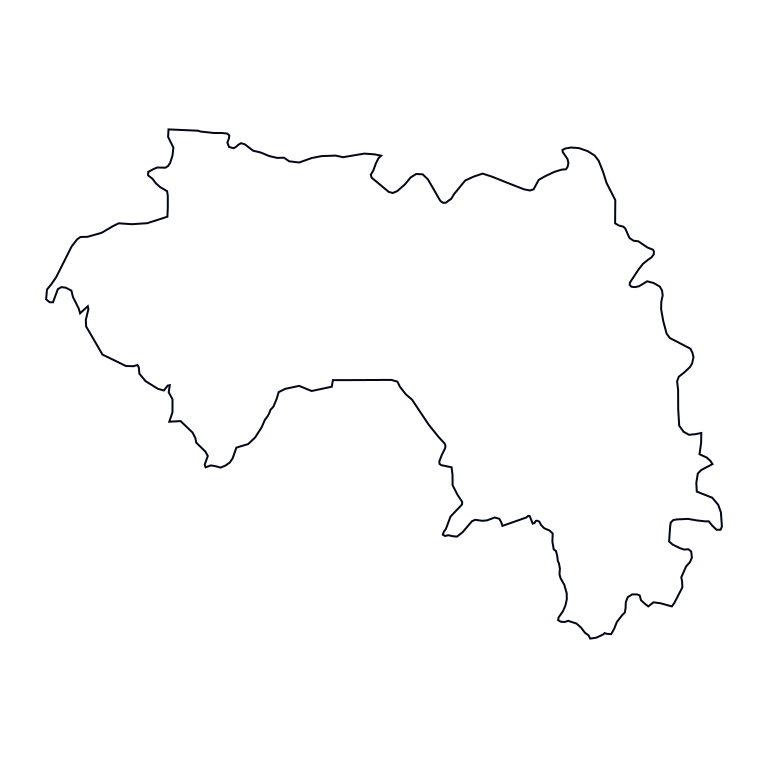 Guinea, Albers equal-area conic projection
{"feature_id": "GIN", "entity_name": "Guinea", "entity_type": "country or territory", "adm_level": 0, "iso_a3": "GIN", "parent_name": "Africa", "parent_adm1": "", "projection": "albers", "projection_center": [-10.714, 9.945], "detail": "fine", "context": "isolated", "style": "outline", "palette": "ink", "viewbox_px": 768, "rotation_deg": 0, "n_neighbors": 0, "source": "natural_earth", "source_scale": "50m", "svg_char_len": 4282}
<svg xmlns="http://www.w3.org/2000/svg" viewBox="0 0 768 768"><path d="M482.3,520.8L475.2,519.8L472.0,521.2L462.6,532.2L457.0,536.6L452.7,536.2L448.2,535.2L445.1,536.0L442.8,534.7L443.7,532.0L446.0,528.7L450.5,516.6L462.0,504.5L462.2,501.9L457.5,494.8L452.6,485.2L452.5,474.8L451.6,467.3L441.4,465.2L439.6,464.0L439.3,461.4L441.9,454.7L445.0,448.5L445.5,445.9L444.7,443.6L438.5,436.9L428.7,424.7L419.7,411.2L412.0,399.6L405.8,394.3L399.8,386.6L397.5,381.7L391.3,379.9L373.1,380.0L351.3,380.1L332.9,380.1L331.8,386.7L311.6,391.0L299.2,385.9L285.4,388.8L278.7,392.1L276.6,399.0L273.4,406.7L270.5,409.8L269.2,413.3L267.5,416.4L264.8,420.0L261.7,427.2L255.1,437.5L248.1,444.1L236.4,447.6L232.6,458.4L229.9,462.4L225.4,465.6L220.5,467.6L216.1,466.3L210.9,465.4L205.6,467.3L204.7,464.6L207.8,456.0L205.4,451.6L196.2,442.6L195.4,438.2L192.6,432.6L180.6,421.1L169.3,421.7L172.5,412.1L172.5,399.3L168.7,392.3L169.8,385.2L167.7,385.6L163.9,390.5L157.8,388.8L145.5,381.1L139.4,373.7L138.8,367.4L137.4,365.0L133.6,366.2L125.9,366.0L102.5,354.6L86.1,326.4L85.8,320.0L88.4,309.1L87.8,306.2L80.1,313.3L78.7,308.5L73.0,297.1L71.4,290.6L65.8,287.7L61.3,287.1L57.8,289.2L53.0,302.3L49.6,302.2L46.1,299.3L47.0,289.5L51.0,284.7L56.1,277.3L71.6,246.5L77.1,239.4L80.5,237.0L87.6,236.8L101.6,232.8L113.0,226.1L118.7,223.3L131.8,224.2L147.2,223.2L167.4,216.7L167.8,207.6L167.8,195.9L167.1,191.2L160.0,187.0L155.9,183.3L152.4,178.7L148.1,175.4L148.2,171.9L153.7,169.0L157.2,167.5L165.4,167.7L168.1,166.0L170.1,163.0L172.5,155.5L173.4,147.6L168.1,136.9L168.5,129.4L197.9,130.7L200.9,131.6L214.0,133.0L222.2,133.0L227.2,133.6L229.3,135.4L228.9,138.5L227.4,142.7L229.1,147.0L233.6,148.2L236.0,146.9L238.3,144.8L241.0,143.2L244.8,144.3L253.1,150.7L260.7,152.5L269.1,156.0L277.0,157.9L284.0,157.7L289.2,161.3L299.1,162.5L311.8,158.0L321.7,156.1L335.7,155.6L343.0,157.2L364.4,153.6L375.0,154.4L381.1,155.7L378.5,158.2L375.8,163.6L373.4,170.3L370.8,174.8L371.7,177.8L378.8,183.6L388.7,191.9L392.8,193.0L397.4,191.0L404.8,184.5L410.6,177.5L416.1,174.0L422.6,174.3L427.8,179.2L434.2,190.2L439.9,200.2L440.7,201.2L443.0,202.8L445.9,202.7L449.0,200.3L451.2,198.9L453.9,194.3L465.2,180.5L473.7,176.6L476.7,175.6L482.6,173.6L492.4,176.8L506.6,182.5L524.0,189.3L530.0,190.5L533.6,189.3L538.7,179.9L545.1,176.2L554.3,171.9L561.7,169.6L566.0,169.3L567.6,166.8L568.4,163.0L567.5,159.0L562.7,152.0L562.5,149.9L565.3,148.5L571.2,147.5L578.9,148.1L587.6,151.1L594.6,155.5L598.7,160.8L603.1,172.0L606.5,182.8L615.3,200.1L615.2,210.8L615.1,223.3L619.0,225.6L623.2,226.6L625.2,228.4L629.5,238.0L633.5,240.7L638.3,241.3L647.3,247.4L653.1,249.8L653.9,251.6L653.8,254.2L651.5,257.4L648.1,259.7L642.9,263.9L638.6,269.4L629.9,282.6L629.7,285.0L631.5,286.8L635.2,287.1L639.1,286.2L647.2,281.3L653.6,283.0L659.8,286.6L662.0,290.4L662.7,295.4L661.3,301.8L661.1,309.1L663.3,321.3L666.6,333.6L669.8,338.0L690.4,348.7L692.4,352.7L693.5,357.2L692.1,363.5L690.0,367.0L684.2,372.5L678.8,376.7L677.1,381.3L678.1,389.8L678.2,409.1L679.2,425.7L683.6,431.8L689.0,434.8L695.2,434.2L701.3,433.0L701.1,443.0L699.5,454.2L706.8,457.6L710.4,460.9L712.5,464.1L701.1,470.1L697.8,473.6L696.3,483.0L696.8,491.6L712.2,497.7L718.2,504.8L720.9,512.3L721.9,526.5L720.6,529.7L716.6,529.8L712.1,525.5L708.8,521.3L704.6,521.3L696.8,520.4L688.0,518.9L677.0,519.4L673.2,520.1L670.7,522.7L670.1,527.1L669.1,541.5L672.7,544.6L679.8,548.1L684.4,549.6L688.3,549.2L691.2,551.5L691.9,557.6L689.9,562.2L686.1,566.4L681.3,577.3L682.1,581.4L682.4,587.3L674.2,603.2L671.8,606.4L660.7,603.3L653.5,602.3L648.3,606.4L645.0,603.9L641.0,600.2L639.7,595.4L637.1,594.4L632.2,594.4L627.7,597.2L625.8,602.2L625.6,607.9L624.9,612.4L622.2,615.1L616.8,622.1L614.3,628.5L611.2,634.1L606.7,633.8L604.6,633.1L603.2,634.5L596.2,637.7L590.2,638.6L588.6,635.4L585.0,632.8L581.1,627.7L576.6,623.6L568.1,620.8L564.8,622.0L560.7,621.7L558.1,620.1L558.5,617.6L562.9,611.3L565.4,605.6L566.8,599.3L566.7,593.3L564.3,584.8L560.5,578.1L559.5,574.3L559.9,568.7L559.0,563.6L557.8,560.9L557.2,555.8L556.0,551.1L553.7,549.3L552.4,541.6L552.7,533.5L549.5,530.5L544.3,528.3L541.2,525.2L539.3,521.7L537.4,520.7L535.9,520.9L534.4,523.1L532.7,523.6L529.7,516.1L528.4,515.8L526.3,517.5L502.4,525.9L501.4,522.6L499.3,518.8L494.8,517.5L486.9,520.4L482.3,520.8Z" fill="none" stroke="#020617" stroke-width="2"/></svg>